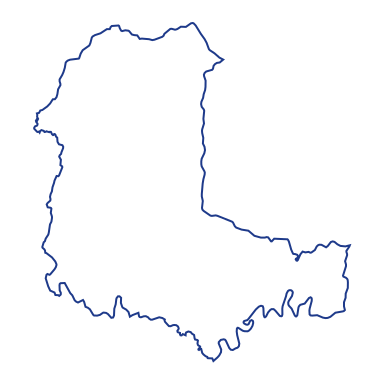 Yen The, Bắc Giang, Vietnam
{"feature_id": "81297802B24165490506756", "entity_name": "Yen The", "entity_type": "district", "adm_level": 2, "iso_a3": "VNM", "parent_name": "Vietnam", "parent_adm1": "Bắc Giang", "projection": "equal_earth", "projection_center": [106.157, 21.524], "detail": "fine", "context": "isolated", "style": "outline", "palette": "blue", "viewbox_px": 384, "rotation_deg": 0, "n_neighbors": 0, "source": "geoboundaries", "source_scale": "gbopen_adm2", "svg_char_len": 5892}
<svg xmlns="http://www.w3.org/2000/svg" viewBox="0 0 384 384"><path d="M50.0,196.9L50.5,199.1L50.3,200.6L47.6,203.0L46.7,204.4L47.7,207.3L50.3,207.7L51.1,208.1L51.4,208.7L50.8,212.9L51.9,216.3L52.0,217.8L51.4,221.7L50.0,224.4L48.8,232.6L48.3,234.6L45.7,238.6L44.9,241.2L43.7,242.3L42.3,247.0L42.6,247.8L44.3,249.3L45.0,250.5L45.3,252.8L46.4,253.1L52.0,257.4L55.3,261.5L56.4,264.1L56.5,264.9L55.8,267.2L54.5,269.3L50.2,274.4L49.5,274.8L47.4,274.0L46.5,274.8L45.7,278.3L48.2,286.3L50.2,290.6L54.5,292.5L55.4,295.0L58.3,295.2L59.2,295.9L60.6,294.7L60.8,294.2L60.8,292.8L59.7,290.4L59.5,285.1L59.8,283.8L60.6,283.2L64.7,283.0L70.3,293.2L72.3,295.3L74.7,300.3L76.2,301.7L78.0,302.5L83.0,300.0L84.1,301.8L85.5,306.8L87.8,307.7L89.9,309.3L93.2,314.8L94.0,315.5L97.2,315.6L99.9,314.9L103.1,312.7L103.7,312.6L106.1,312.9L107.9,314.0L111.3,317.8L113.1,317.5L114.0,315.5L114.3,308.7L115.7,304.3L116.3,299.1L116.6,298.1L118.0,296.3L119.5,296.3L121.1,297.8L120.9,302.9L122.2,306.8L122.7,307.6L126.2,309.6L128.5,312.0L129.9,316.7L132.5,315.1L138.4,312.8L139.0,316.1L139.6,317.0L140.9,317.3L143.8,316.3L145.9,316.2L148.2,317.4L149.1,318.6L150.8,319.7L152.1,319.7L159.2,317.3L162.3,318.0L164.8,319.5L164.5,320.5L165.1,321.9L168.9,326.1L170.6,326.2L173.1,325.1L174.5,325.0L176.3,325.2L178.0,326.5L178.7,328.3L178.4,329.4L177.4,330.7L177.5,331.8L178.0,332.3L180.0,332.9L180.0,334.3L180.5,335.3L181.6,335.4L182.8,334.1L185.6,335.3L185.7,333.5L186.1,332.5L188.3,331.5L190.7,332.1L191.9,333.6L194.1,335.0L194.6,338.3L195.1,339.5L197.3,340.0L197.9,340.5L197.5,343.5L197.9,344.9L198.3,345.4L200.0,346.4L200.2,346.8L199.9,347.5L198.6,348.8L198.4,349.6L199.0,350.0L200.4,348.9L201.2,348.9L202.2,352.9L203.4,354.4L205.6,356.2L207.3,356.9L207.5,357.9L207.9,358.2L212.3,358.4L213.4,361.0L217.4,357.5L219.2,355.5L221.0,352.2L221.2,349.5L218.7,343.4L218.8,342.1L220.8,339.9L223.8,339.3L225.2,339.8L226.0,341.0L229.3,348.1L230.8,349.7L232.8,350.0L235.5,348.4L237.5,347.7L238.2,347.0L238.9,346.1L239.3,343.6L237.2,335.2L236.7,331.5L236.9,328.6L237.5,327.8L238.4,327.9L242.7,330.7L244.4,331.2L247.7,331.3L249.2,330.4L250.9,328.6L252.5,325.8L253.2,323.0L253.1,321.6L252.8,320.8L251.6,320.1L250.1,320.9L248.6,324.1L247.6,324.7L246.2,324.6L244.3,323.6L243.6,322.7L243.6,321.9L244.2,321.0L247.3,320.1L248.5,318.9L255.8,309.5L258.8,306.7L260.6,305.9L261.7,305.9L262.8,306.3L263.4,308.1L263.7,314.8L264.3,316.9L264.9,317.3L266.1,316.4L268.1,312.4L270.3,309.9L271.6,309.1L273.6,309.1L275.3,310.6L279.8,315.9L281.2,316.3L282.0,315.9L282.4,314.4L282.3,308.7L282.6,306.3L286.0,296.3L286.6,293.5L287.9,291.1L288.8,290.4L290.0,290.1L291.4,290.4L292.5,291.5L292.8,292.7L292.0,296.0L288.6,301.3L288.2,302.7L288.4,304.7L289.0,305.8L291.6,308.6L294.8,315.5L295.7,316.4L296.4,316.4L297.3,315.2L298.5,307.3L299.1,306.1L300.3,304.8L304.7,303.6L309.0,298.0L310.6,297.3L311.5,298.0L311.8,299.0L311.7,301.0L309.7,308.5L309.4,310.5L309.6,314.4L310.5,315.4L312.2,315.6L317.2,315.2L322.9,317.6L325.5,318.1L327.7,317.9L330.4,316.8L335.4,312.7L342.8,311.4L343.8,311.1L344.9,310.0L344.0,306.4L344.0,302.2L345.6,297.8L345.7,293.6L347.8,288.0L347.9,282.4L347.7,280.1L347.2,278.9L345.9,277.7L343.4,276.6L343.0,275.7L346.0,266.2L346.0,264.5L345.1,261.2L347.1,255.3L347.1,254.1L346.4,251.9L346.4,250.9L349.3,246.6L349.8,245.3L345.4,246.4L340.4,245.9L337.4,244.3L334.5,241.9L332.7,241.4L330.9,242.0L327.8,246.0L326.1,247.3L321.5,244.8L319.3,244.7L318.1,245.2L316.7,246.5L314.9,250.0L311.4,252.5L310.3,252.7L308.6,251.9L305.4,252.4L302.6,251.6L300.4,254.3L297.8,260.1L297.2,260.7L296.5,260.6L295.7,259.4L295.9,258.8L297.5,257.8L297.9,256.7L297.8,255.7L297.2,254.8L295.2,254.1L293.3,253.9L292.7,253.0L291.2,249.6L288.9,241.6L288.1,240.0L287.5,239.3L274.2,238.7L271.7,241.4L271.0,241.3L268.2,237.4L266.6,237.1L264.8,237.6L260.9,237.6L254.4,235.8L248.4,230.7L241.6,229.6L236.2,227.6L234.8,226.2L233.0,222.5L232.1,221.7L217.4,215.8L215.7,215.4L211.8,215.9L210.4,215.6L203.6,210.9L202.4,209.6L202.0,207.9L202.8,201.0L201.8,196.4L201.8,194.0L202.7,183.4L203.4,179.2L204.6,174.7L204.8,172.6L204.4,171.3L201.7,166.4L201.3,164.2L201.3,161.2L201.7,158.7L204.3,153.3L205.0,150.1L204.5,146.8L202.9,143.5L203.3,137.9L202.2,133.1L202.0,130.8L202.2,129.3L204.0,123.5L203.4,118.9L204.2,110.8L203.8,109.5L201.7,106.8L201.1,104.1L201.4,101.8L203.1,97.9L203.7,94.2L205.1,90.1L205.5,86.9L205.6,80.6L204.1,76.2L203.9,74.7L204.6,73.0L206.2,71.5L212.2,69.8L213.0,68.7L213.6,65.8L215.0,64.1L216.9,62.9L219.7,62.5L223.2,59.6L219.4,57.6L214.5,53.3L209.8,50.2L208.9,49.1L206.6,42.8L204.6,39.1L200.8,33.8L195.7,25.5L193.7,23.4L192.8,23.0L191.0,23.3L185.9,26.9L180.9,26.7L177.4,29.0L176.0,29.5L175.0,29.7L171.7,28.8L170.3,28.9L164.4,33.8L163.6,35.7L162.3,36.8L154.5,39.7L152.3,40.1L149.1,39.2L141.9,38.6L139.7,38.9L137.3,35.4L134.2,35.1L131.9,34.5L129.1,31.1L128.4,30.7L125.3,30.3L122.1,31.1L121.1,30.6L119.8,28.2L119.1,26.0L118.5,25.5L111.8,26.0L110.6,27.1L109.8,29.1L106.9,29.1L100.5,33.3L95.0,35.1L92.6,36.5L91.8,37.6L90.4,43.0L89.3,45.5L82.7,50.2L80.7,53.6L79.2,58.1L78.8,58.6L70.0,59.7L67.7,60.6L66.5,61.6L65.7,62.6L64.8,67.8L63.5,72.0L62.2,75.0L59.6,79.4L59.6,81.3L60.4,83.9L60.4,85.2L58.1,89.3L57.4,94.1L56.5,97.2L54.9,99.2L52.8,99.3L50.1,103.5L47.2,106.5L42.3,110.0L40.3,110.5L39.1,112.8L36.9,113.4L37.3,114.8L37.1,116.9L38.1,118.9L37.1,120.8L36.6,119.6L35.9,120.8L36.3,122.1L37.5,123.6L37.5,124.7L37.0,125.6L35.0,126.4L34.2,127.8L34.2,128.7L37.1,131.8L37.8,132.0L38.9,131.6L39.6,132.6L40.2,131.0L41.4,130.1L43.8,130.9L44.5,132.0L45.7,131.8L46.4,131.3L49.3,132.2L49.8,131.8L50.9,131.9L52.0,134.2L53.0,135.1L53.5,135.0L54.2,134.0L54.8,134.1L55.5,134.9L56.0,136.6L57.2,137.6L57.5,141.7L57.9,142.5L59.0,144.3L62.4,145.2L63.2,146.7L63.1,148.2L61.4,152.4L61.1,153.9L59.7,155.3L59.2,156.7L60.9,159.7L60.4,165.1L62.2,166.4L62.3,167.3L59.1,175.4L58.4,176.2L56.6,176.0L54.5,180.7L54.0,183.0L52.5,187.3L51.9,191.4L50.6,194.2L50.0,196.9Z" fill="none" stroke="#1e3a8a" stroke-width="2"/></svg>